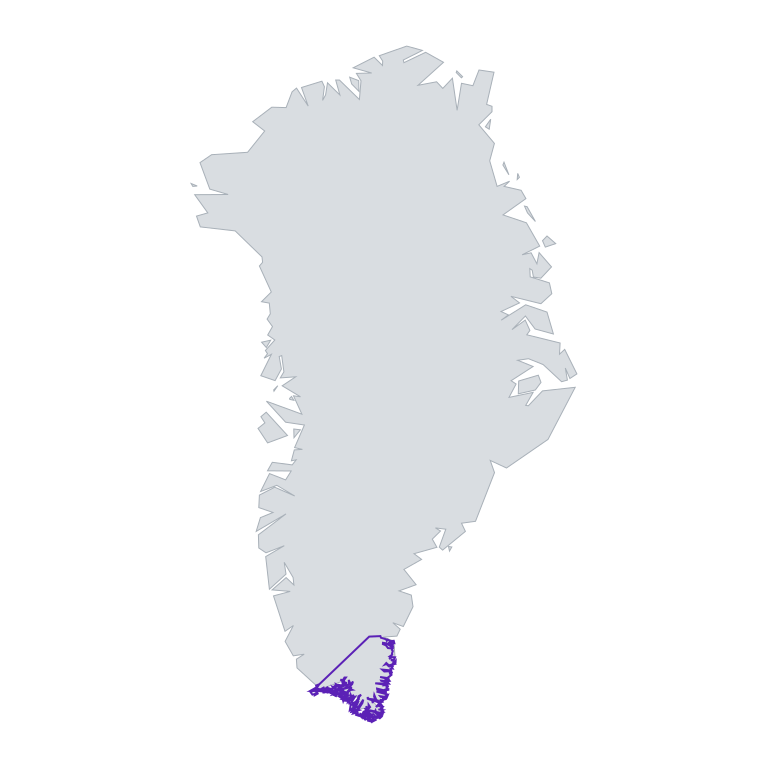 Kommune Kujalleq on a map of Greenland (orthographic projection)
{"feature_id": "GRL-2740", "entity_name": "Kommune Kujalleq", "entity_type": "state/province", "adm_level": 1, "iso_a3": "GRL", "parent_name": "Greenland", "parent_adm1": "", "projection": "orthographic", "projection_center": [-44.745, 61.276], "detail": "fine", "context": "in_parent", "style": "outline", "palette": "violet", "viewbox_px": 768, "rotation_deg": 0, "n_neighbors": 0, "source": "natural_earth", "source_scale": "10m", "svg_char_len": 9793}
<svg xmlns="http://www.w3.org/2000/svg" viewBox="0 0 768 768"><path d="M406.7,46.1L422.4,50.4L403.3,60.0L403.9,62.7L425.6,52.3L443.5,62.3L418.0,85.3L436.6,81.8L442.8,88.4L452.4,78.2L457.1,110.3L461.5,83.3L472.9,85.7L479.0,70.0L494.0,72.2L486.6,104.4L492.0,106.3L492.0,111.7L478.8,124.8L494.4,143.4L489.7,160.8L497.1,186.4L509.6,181.2L504.1,186.4L521.1,190.3L525.9,198.6L503.0,214.9L526.4,222.8L539.7,246.1L522.1,254.8L531.1,252.8L536.9,263.8L539.1,252.6L551.5,266.9L540.9,278.2L533.4,277.0L532.2,270.2L529.8,268.6L530.2,276.9L549.4,282.9L551.8,293.7L540.9,303.7L510.9,296.3L519.5,302.9L501.0,311.5L508.4,314.9L501.2,320.2L525.7,304.8L547.0,312.1L553.4,334.0L535.1,329.0L525.4,316.0L512.0,329.6L525.2,320.1L529.9,330.4L526.8,334.8L560.1,343.0L559.5,354.2L564.7,349.4L576.9,373.9L569.9,378.5L565.3,368.0L567.4,380.1L561.6,381.7L543.2,364.6L528.5,358.7L517.6,360.3L533.1,366.5L511.1,380.7L516.1,384.0L509.0,397.4L533.1,392.4L525.7,405.4L528.3,405.8L542.5,390.9L575.2,387.3L548.0,439.4L506.5,468.0L490.2,460.4L494.5,472.6L475.5,521.3L461.5,523.2L465.4,531.4L442.6,550.1L439.3,547.1L445.8,529.2L435.4,527.9L440.5,531.0L432.3,539.1L436.9,547.3L414.0,553.7L421.6,559.4L403.9,569.4L416.1,584.7L399.0,590.9L411.3,595.1L413.0,606.7L403.3,626.5L392.8,622.7L400.2,629.2L396.9,636.1L383.2,637.1L393.9,641.1L395.3,661.6L388.9,665.9L392.5,666.8L383.5,700.6L371.0,698.7L382.8,714.0L371.5,721.3L364.2,718.2L366.8,708.1L350.3,710.1L359.2,696.8L340.9,698.0L343.7,680.7L310.9,692.5L317.0,686.2L297.0,667.9L296.4,659.2L304.2,654.2L293.3,655.8L285.1,641.4L293.4,625.5L285.0,631.3L273.5,595.9L290.2,591.4L272.1,589.9L286.1,577.6L293.9,585.0L293.1,577.5L284.2,562.3L286.0,574.1L269.4,589.2L265.7,556.6L284.3,545.7L266.0,552.8L258.8,548.0L258.4,534.8L286.0,513.9L256.2,531.4L260.4,517.6L273.0,512.5L258.8,507.6L259.4,495.1L274.7,487.2L294.7,496.0L276.8,485.3L260.6,491.5L269.5,473.6L285.6,479.9L291.2,471.0L267.5,470.8L272.3,462.3L292.2,464.9L296.2,459.8L291.4,460.8L294.3,449.9L302.4,449.4L294.6,447.6L304.4,425.0L285.6,422.2L266.4,401.2L301.9,414.2L293.5,395.8L300.5,396.8L282.2,385.8L295.7,376.8L280.3,377.9L283.9,371.8L281.7,355.6L279.2,356.5L281.4,369.0L275.1,380.6L260.8,375.7L271.4,354.3L264.1,358.2L267.5,353.7L265.4,350.5L274.8,340.0L267.7,335.0L272.5,326.6L267.1,319.1L270.3,313.8L269.3,303.1L261.5,301.7L271.3,292.0L259.4,266.0L262.6,262.3L262.0,256.9L235.2,230.9L200.3,226.9L196.5,216.1L207.8,212.9L194.7,194.7L228.1,194.5L209.8,189.1L200.0,162.6L211.6,154.7L247.6,152.3L264.7,131.0L252.7,121.7L271.8,107.2L286.1,107.6L292.1,91.8L296.5,88.1L308.2,106.1L301.5,87.5L321.9,81.2L324.4,86.7L322.6,100.4L325.6,94.9L327.5,82.8L339.9,95.0L335.7,80.0L339.4,80.0L359.4,99.5L361.0,80.8L356.4,73.4L371.7,73.0L353.2,67.8L374.1,57.2L382.5,65.5L382.7,61.1L379.3,55.7L406.7,46.1ZM266.2,412.2L287.5,435.5L267.6,442.9L258.0,428.4L264.9,422.9L260.9,416.7L266.2,412.2ZM538.3,375.2L541.0,382.4L535.3,390.0L518.3,393.8L518.7,381.0L538.3,375.2ZM358.9,91.3L351.7,84.0L349.7,77.2L358.7,80.6L358.9,91.3ZM490.7,119.2L489.2,129.2L485.4,126.8L490.7,119.2ZM547.0,236.0L555.7,243.6L545.3,247.1L542.5,240.7L547.0,236.0ZM535.4,221.5L527.5,212.9L524.5,206.1L527.1,206.7L535.4,221.5ZM270.7,340.2L266.3,347.5L261.6,342.2L270.7,340.2ZM462.6,76.7L461.4,77.8L456.2,72.5L456.8,70.9L462.6,76.7ZM300.4,429.8L294.0,437.7L293.8,429.0L300.4,429.8ZM504.0,162.2L508.9,174.8L502.9,165.0L504.0,162.2ZM197.2,186.0L192.8,186.4L191.1,183.5L197.2,186.0ZM277.8,385.7L274.0,391.2L273.7,389.9L277.8,385.7ZM519.4,177.3L517.2,179.5L517.7,173.4L519.4,177.3ZM338.9,688.5L336.2,696.7L330.5,693.0L338.9,688.5ZM293.9,400.3L289.8,399.4L289.6,398.4L291.5,396.5L293.9,400.3ZM451.8,547.0L449.5,551.1L448.5,546.5L451.8,547.0Z" fill="#d9dde1" stroke="#a8b0b8" stroke-width="1"/><path d="M380.4,636.1L380.9,637.7L386.1,639.3L386.8,640.8L387.7,639.6L390.8,641.2L391.7,643.0L391.4,644.0L388.5,642.1L389.6,643.9L388.6,643.8L391.1,645.6L392.7,645.0L392.4,646.6L393.9,646.3L391.6,646.8L386.2,643.3L383.0,642.8L382.9,644.1L385.9,645.3L388.0,648.1L392.7,648.5L391.9,649.9L392.8,651.0L392.0,653.3L392.2,654.7L389.5,656.6L390.9,657.3L389.2,659.1L392.1,657.1L395.0,657.3L393.8,659.9L391.0,660.0L394.1,661.3L392.2,664.6L388.8,665.3L386.3,663.0L385.0,664.5L386.4,664.0L388.8,666.3L393.5,665.9L391.6,666.8L392.6,668.5L390.8,668.2L391.9,669.0L390.6,668.8L391.1,670.4L382.2,669.6L384.3,671.5L389.9,671.2L389.7,672.6L390.2,674.0L390.6,674.1L391.4,673.7L391.5,674.9L387.8,677.6L388.7,678.2L380.1,677.0L386.7,678.6L384.9,679.7L388.3,679.2L389.6,680.9L387.0,681.4L384.9,680.5L384.2,680.9L381.1,680.6L381.2,680.8L387.8,682.4L388.9,683.7L375.2,683.3L383.9,684.5L383.6,685.3L387.9,684.9L387.0,685.5L388.6,686.7L386.5,686.4L386.6,688.0L387.7,688.7L383.5,690.2L377.1,688.6L377.2,689.5L386.8,692.4L376.5,691.6L387.2,694.4L385.0,696.9L380.2,696.2L380.7,696.8L385.4,697.7L385.1,697.1L387.6,695.6L386.6,698.0L382.1,698.2L386.6,698.9L382.1,699.9L383.6,701.0L379.9,699.7L382.2,701.9L381.0,702.2L376.4,700.1L374.3,695.0L374.1,696.5L375.3,699.7L368.7,698.8L367.5,697.2L367.7,698.5L367.1,698.6L372.1,700.3L372.8,703.1L372.9,701.5L373.9,700.7L379.7,702.9L375.9,707.0L377.8,705.6L379.2,706.2L378.6,704.9L379.0,704.5L381.8,704.2L381.2,704.5L381.9,705.5L379.2,705.0L382.9,706.7L381.8,707.7L383.0,708.7L381.1,708.3L379.7,709.5L382.6,710.0L382.1,710.2L382.9,711.2L381.5,710.8L381.4,711.8L382.8,712.0L383.2,712.8L382.7,713.3L376.0,711.9L375.5,710.4L375.0,711.4L370.2,710.4L367.7,711.0L367.8,709.5L370.1,707.1L368.6,704.8L368.6,707.8L367.8,708.7L366.1,706.3L366.8,709.3L365.5,709.1L366.3,710.5L363.5,711.8L361.6,716.3L360.5,715.6L360.5,712.9L359.8,715.8L358.6,715.5L357.4,712.7L357.9,711.7L356.8,713.0L357.9,715.5L356.1,714.9L356.5,713.9L355.4,713.0L353.2,713.5L354.5,711.5L359.2,710.1L358.1,709.7L362.4,703.0L363.3,699.6L357.7,708.0L357.5,709.5L354.5,710.3L353.2,712.1L352.7,711.9L353.4,710.7L352.7,710.9L353.0,709.9L356.8,706.6L356.6,705.5L358.0,702.2L356.4,702.4L358.8,699.3L359.0,697.1L361.1,694.7L358.6,696.2L357.8,699.1L355.7,701.8L352.7,703.3L351.7,702.6L352.0,701.4L354.9,696.9L352.6,697.7L352.5,699.4L348.7,701.7L350.5,698.4L354.0,695.1L351.4,696.4L350.8,695.0L350.5,697.2L349.3,697.8L349.0,699.6L348.5,699.1L347.4,702.3L347.4,700.4L346.2,700.6L347.3,698.9L345.4,698.9L346.9,697.2L344.6,697.8L344.4,700.0L343.7,699.5L343.2,700.9L342.8,699.4L341.8,699.1L347.6,695.6L343.6,695.7L347.6,693.8L346.9,693.3L350.5,690.0L352.2,689.8L350.7,689.1L351.2,687.7L350.3,686.8L350.3,688.3L345.7,693.7L343.4,694.0L343.1,693.5L345.1,692.0L343.5,691.4L342.0,692.1L341.4,694.7L338.8,694.2L338.6,693.3L340.8,692.8L343.8,690.0L339.3,691.8L343.4,689.0L348.7,687.6L352.2,684.1L353.0,681.5L350.7,684.4L348.7,679.9L349.1,683.9L347.1,686.5L344.7,688.2L341.3,689.4L340.8,688.8L341.3,688.8L340.5,687.4L346.0,685.0L346.3,684.5L345.0,684.2L346.0,683.5L345.6,682.9L347.2,682.9L345.1,682.8L343.7,680.6L345.9,677.5L344.5,677.5L342.8,680.2L340.4,679.6L344.2,682.6L342.5,683.0L343.1,684.3L341.4,685.4L337.7,684.7L340.2,686.3L339.6,687.0L338.5,687.5L338.1,685.5L336.1,684.3L336.5,685.5L335.4,685.5L336.0,686.5L333.7,686.6L334.1,688.2L332.6,687.2L333.6,689.4L333.0,688.3L332.6,689.5L331.3,688.1L331.9,689.3L329.3,688.5L331.8,690.0L329.5,692.4L328.4,692.4L329.2,691.4L327.9,691.8L329.9,690.1L327.0,691.2L327.1,690.1L328.9,688.6L326.7,688.1L327.7,687.6L327.4,687.3L324.2,689.5L323.6,687.6L320.3,689.4L317.4,688.6L315.6,689.9L317.5,689.8L316.9,690.5L320.9,689.3L323.1,690.4L321.5,691.3L314.5,690.6L314.5,689.4L313.0,690.9L310.2,690.9L317.5,686.8L318.2,685.8L315.4,685.8L319.4,684.2L369.2,636.6L380.4,636.1ZM369.0,710.9L382.6,713.8L382.5,714.8L381.4,716.0L379.3,714.1L376.2,713.5L377.6,714.7L376.1,718.1L374.9,715.9L374.2,717.3L371.3,715.8L374.1,714.1L371.0,714.5L368.2,711.9L369.0,710.9ZM370.7,716.6L375.3,720.1L373.2,721.2L373.2,719.1L371.7,721.9L371.2,721.4L371.4,718.9L370.1,721.2L368.5,720.8L370.7,716.6ZM315.9,693.3L318.4,693.2L314.8,695.2L314.9,693.9L312.4,694.6L310.2,691.6L313.4,691.1L314.0,690.6L317.0,691.7L315.9,693.3ZM333.9,692.7L329.8,693.2L339.0,688.3L339.4,689.5L333.9,692.7ZM353.5,705.0L353.1,708.1L349.8,710.3L350.7,704.7L353.5,705.0ZM365.1,716.4L364.0,717.3L364.7,713.7L363.0,715.7L363.7,712.0L365.9,712.3L367.2,714.4L365.6,716.6L365.2,715.8L365.6,714.8L365.2,715.0L365.1,716.4ZM370.0,716.2L368.0,718.8L367.9,716.4L367.4,718.8L365.2,719.6L364.4,718.6L367.2,715.2L370.0,716.2ZM334.5,695.3L338.2,694.0L335.7,695.0L336.7,696.4L334.5,695.3ZM379.2,715.1L378.9,717.6L378.2,717.1L377.2,718.5L377.8,715.1L379.2,715.1ZM391.9,641.0L393.7,640.8L394.3,643.1L392.4,642.8L391.9,641.0ZM368.1,714.8L366.5,712.3L367.1,710.9L368.0,713.2L370.0,714.6L368.1,714.8ZM386.0,689.6L389.2,689.7L384.6,690.4L386.0,689.6ZM395.6,661.1L395.5,662.6L394.5,663.1L395.2,663.9L392.9,664.6L395.6,661.1ZM341.9,697.8L342.3,696.2L344.7,696.8L341.9,697.8ZM342.9,695.5L341.8,695.8L340.3,697.2L338.7,696.2L339.1,695.9L342.9,695.5ZM354.0,706.9L356.1,703.0L356.8,703.4L355.6,706.0L354.0,706.9ZM354.9,705.0L354.1,704.8L353.9,703.5L355.7,703.0L354.9,705.0ZM381.6,716.6L380.3,717.8L380.0,716.8L379.3,718.2L380.0,715.6L381.6,716.6ZM334.4,687.0L335.8,687.5L335.8,688.6L334.5,688.6L334.4,687.0ZM337.4,692.1L336.5,693.1L335.7,692.6L336.7,691.9L337.4,692.1ZM332.7,694.4L333.7,693.3L334.5,693.9L332.7,694.4ZM326.0,691.5L325.2,690.8L326.5,690.3L326.0,691.5ZM322.5,692.4L323.2,692.1L324.5,692.6L322.5,692.4ZM351.3,711.9L351.8,710.7L352.5,711.1L352.5,711.7L351.3,711.9ZM361.5,717.0L362.1,716.4L362.7,716.7L362.3,717.6L361.5,717.0ZM390.4,673.6L391.5,672.2L391.8,672.5L390.8,673.9L390.4,673.6ZM350.3,702.2L350.1,703.6L349.5,703.5L350.3,702.2ZM325.2,689.9L326.2,688.5L326.7,688.6L326.3,689.4L325.2,689.9ZM327.2,691.9L327.8,693.0L326.9,692.3L327.2,691.9ZM325.1,690.1L324.6,690.7L324.1,690.7L324.5,690.0L325.1,690.1ZM324.5,691.9L324.9,691.5L325.6,691.9L325.0,692.3L324.5,691.9ZM327.0,689.6L327.6,688.7L328.3,688.6L327.9,689.2L327.0,689.6Z" fill="none" stroke="#5b21b6" stroke-width="2"/></svg>